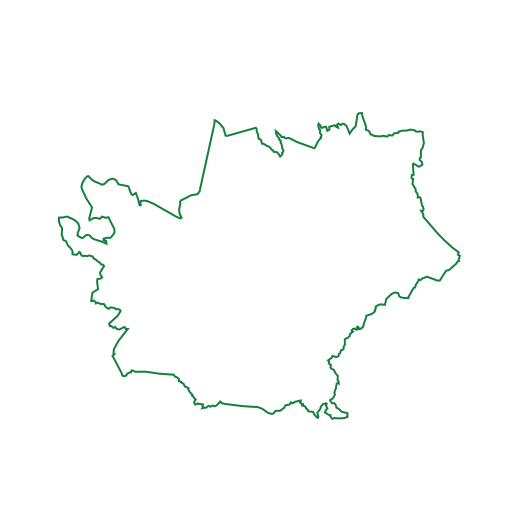 the district of Mambasa, Orientale, Democratic Republic of the Congo, rotated 10°
{"feature_id": "63176286B5401694360976", "entity_name": "Mambasa", "entity_type": "district", "adm_level": 2, "iso_a3": "COD", "parent_name": "Democratic Republic of the Congo", "parent_adm1": "Orientale", "projection": "mercator", "projection_center": [28.693, 1.532], "detail": "fine", "context": "isolated", "style": "outline", "palette": "green", "viewbox_px": 512, "rotation_deg": 10, "n_neighbors": 0, "source": "geoboundaries", "source_scale": "gbopen_adm2", "svg_char_len": 6087}
<svg xmlns="http://www.w3.org/2000/svg" viewBox="0 0 512 512"><g transform="rotate(10 256 256)"><path d="M145.1,396.8L146.6,397.4L149.0,396.3L149.3,394.5L152.0,392.6L153.0,392.4L153.2,390.5L153.9,390.1L157.3,391.0L167.3,389.1L181.3,388.7L195.4,387.2L197.5,389.0L198.5,388.9L201.3,390.3L201.7,392.8L203.7,392.6L204.0,393.5L206.7,394.3L208.8,397.0L210.5,397.0L211.8,398.1L212.4,397.9L212.5,399.2L214.4,401.5L217.3,403.6L217.2,404.6L218.1,404.7L219.0,406.0L221.6,407.8L220.9,408.9L220.5,411.2L222.0,412.9L224.5,411.2L225.4,411.6L229.5,411.3L229.4,413.2L230.1,413.7L229.5,415.2L233.1,414.0L235.3,411.9L237.4,412.3L239.0,410.9L241.6,411.2L243.9,409.0L245.0,406.9L245.6,406.9L246.1,405.5L248.3,407.0L250.7,407.1L268.6,406.2L283.9,404.5L288.8,405.4L295.0,408.4L298.1,408.8L300.3,408.3L302.1,405.1L306.7,404.2L310.1,400.6L310.9,398.0L315.0,396.4L315.8,394.1L316.8,394.7L318.0,394.4L319.6,392.9L325.1,390.5L325.4,392.2L325.0,392.8L326.7,393.7L327.3,395.0L328.1,393.9L328.9,395.4L330.1,395.5L331.5,396.5L331.6,397.3L333.9,398.6L334.4,399.9L339.3,399.6L340.9,402.0L344.4,404.6L345.1,404.6L345.3,403.4L343.6,399.7L345.9,395.3L346.0,393.0L348.0,390.0L350.6,388.9L351.3,389.3L350.7,390.9L352.8,393.7L351.6,395.5L351.0,398.1L355.9,400.0L357.0,399.9L356.9,400.8L359.4,403.1L361.1,402.1L367.7,401.2L371.3,400.1L374.0,398.6L373.3,394.9L367.4,394.5L364.1,392.2L361.5,391.3L360.7,389.4L358.7,387.3L356.5,387.9L354.0,385.3L354.1,384.7L356.3,383.1L357.7,379.4L357.7,378.4L356.8,376.8L357.6,373.0L357.6,367.6L358.8,366.7L359.6,367.1L359.1,365.0L357.9,364.1L357.4,359.9L354.8,357.8L352.4,354.6L350.0,354.0L348.8,353.1L348.6,350.2L346.4,349.3L346.2,347.0L345.1,346.3L348.3,343.0L348.7,341.1L352.5,341.6L354.5,340.4L354.8,337.8L355.7,337.1L356.1,334.0L358.3,332.8L358.1,330.3L358.9,327.7L358.0,323.2L358.3,322.1L360.5,320.7L362.2,318.5L362.1,316.7L364.6,313.6L363.2,313.2L363.2,312.7L364.3,310.8L366.2,310.4L367.7,311.2L368.9,310.6L369.3,310.1L367.7,308.4L368.0,308.0L369.4,308.4L370.1,310.1L371.8,309.5L374.0,306.7L373.9,304.0L375.1,297.8L375.0,295.7L380.0,293.0L382.7,290.1L382.5,288.4L383.1,286.7L382.6,285.1L385.2,282.8L387.5,281.9L391.4,281.8L391.8,275.6L396.0,270.0L399.0,267.8L402.5,267.9L403.9,270.6L405.4,271.5L408.8,271.7L413.4,271.0L413.3,269.9L416.4,261.0L416.9,260.0L418.1,259.3L418.4,256.5L420.4,251.9L420.3,250.9L422.4,251.0L423.7,249.3L428.0,246.7L439.5,248.8L441.3,248.1L445.8,237.5L448.5,236.3L454.4,228.9L455.7,226.1L456.7,225.8L456.3,225.0L456.7,220.3L455.0,220.0L454.6,218.3L455.0,217.1L448.2,213.8L438.9,207.9L431.3,202.5L414.0,188.4L413.5,185.8L410.8,182.8L412.3,182.7L413.0,180.9L411.8,178.4L410.6,177.2L408.0,170.3L406.7,169.6L405.1,170.3L404.8,168.3L404.0,166.5L402.0,164.5L401.7,162.6L397.6,157.9L397.4,152.9L395.9,152.6L395.4,150.8L395.4,149.2L397.1,148.7L394.7,139.0L395.0,137.7L401.0,139.8L404.0,137.3L403.3,134.9L400.6,132.9L400.3,131.3L401.3,130.0L400.0,123.6L401.3,120.4L401.7,115.5L399.1,107.9L398.8,105.1L396.0,104.7L393.9,105.5L391.8,105.6L389.8,104.5L385.8,104.8L382.5,106.4L379.2,106.9L374.8,108.8L374.8,110.0L370.7,111.2L369.3,113.7L365.7,113.9L365.0,115.2L364.0,115.7L360.7,115.5L357.3,116.7L351.0,117.3L349.4,116.3L348.3,116.6L346.9,115.6L346.4,114.0L344.1,112.8L342.3,112.6L341.7,109.0L336.5,99.9L335.5,96.8L332.3,97.7L331.4,99.1L331.6,110.7L330.8,112.4L329.5,113.7L327.0,119.2L322.7,112.4L319.5,110.5L318.3,110.8L316.8,112.3L314.2,111.3L313.1,112.6L314.5,115.4L312.4,114.8L310.8,113.6L305.7,116.0L306.4,118.8L304.5,120.3L302.5,116.5L300.3,117.3L299.3,118.2L297.9,118.4L296.7,116.2L294.7,114.8L294.6,116.8L296.0,119.9L297.3,121.2L297.5,123.7L299.2,125.0L299.6,126.2L299.0,127.6L299.6,128.3L297.6,131.4L295.8,136.6L295.9,137.4L294.6,139.8L277.0,136.7L267.9,134.0L265.2,134.9L264.0,134.8L262.6,133.8L260.6,134.6L259.5,133.1L253.8,129.5L254.4,131.7L255.9,134.0L258.3,136.1L258.8,137.7L260.3,138.1L260.6,140.3L261.6,141.1L263.3,145.8L264.4,146.7L264.8,148.2L263.7,149.9L264.3,150.7L264.1,151.8L262.5,153.8L260.4,151.4L258.4,150.1L255.2,150.3L254.6,149.2L251.9,148.0L251.6,147.0L249.3,145.9L247.8,145.8L243.9,144.1L242.3,144.4L241.0,141.0L238.8,139.9L238.1,140.0L236.8,135.7L235.0,133.2L234.7,131.0L233.5,129.8L206.7,142.7L205.1,142.8L201.8,135.7L197.1,131.8L192.9,129.6L191.6,129.5L192.1,132.9L189.2,202.2L187.7,205.3L181.8,207.3L172.2,214.5L171.8,216.2L172.4,217.5L172.2,223.6L173.6,228.0L176.1,231.2L175.1,232.2L170.6,231.1L145.6,222.2L139.4,220.8L136.4,220.8L133.0,221.9L132.8,224.5L133.8,225.4L133.2,226.3L132.5,226.2L129.7,219.9L126.7,214.8L124.3,217.2L123.1,217.2L121.4,215.1L118.2,209.5L108.1,209.3L105.1,205.6L103.0,205.0L101.2,204.8L97.7,206.6L94.1,211.4L92.3,212.5L83.7,210.5L80.3,208.8L77.0,206.4L76.0,206.8L74.1,209.4L72.4,213.9L72.0,218.0L73.1,220.5L78.8,228.7L86.1,236.7L85.2,247.9L85.9,249.8L89.7,246.7L94.1,246.2L95.3,246.6L96.2,246.2L97.5,243.9L101.4,244.5L103.9,243.4L111.8,254.0L112.6,257.1L111.4,260.3L109.4,263.5L106.9,263.7L103.1,265.2L103.0,266.6L105.8,267.3L106.6,269.9L103.0,268.9L93.8,267.6L91.0,266.7L89.3,265.0L87.3,264.5L85.0,264.9L82.2,268.4L80.6,268.3L76.8,267.0L76.4,265.0L77.4,259.0L75.3,254.9L71.8,252.4L67.5,250.9L65.6,250.8L64.4,250.0L61.9,250.3L59.5,251.5L55.3,252.4L55.7,255.5L57.7,259.6L60.2,262.1L61.1,269.5L62.4,271.0L62.8,272.6L63.7,273.8L66.2,274.3L69.0,278.4L72.6,280.9L74.5,283.1L75.0,286.2L79.2,286.0L81.4,282.7L82.6,283.3L83.1,284.8L84.6,286.0L86.5,286.0L87.3,285.4L89.4,285.6L91.4,284.5L95.1,284.8L96.9,286.9L99.3,287.5L101.4,289.0L103.1,289.3L103.8,290.4L105.3,291.2L106.7,291.1L108.1,292.2L105.3,299.3L105.8,301.2L108.2,303.7L107.4,304.9L103.8,306.4L104.0,309.0L106.2,316.1L101.3,320.5L101.5,328.9L102.4,329.1L103.4,328.1L104.1,328.1L106.0,329.3L106.6,330.5L108.1,329.4L111.3,330.2L114.6,329.7L116.4,331.8L119.1,333.5L120.4,333.4L120.8,332.5L122.6,331.7L125.8,331.9L127.3,332.8L129.2,332.2L131.8,332.9L132.2,333.8L130.1,339.0L123.0,348.1L124.3,350.4L125.4,350.0L127.7,351.4L128.5,351.4L129.6,350.2L131.1,351.8L133.7,352.2L134.5,352.0L138.2,349.0L139.4,349.0L140.4,350.5L142.4,350.2L135.1,363.8L132.2,372.7L132.6,376.5L133.8,377.1L132.0,379.1L144.0,394.7L145.1,396.8Z" fill="none" stroke="#15803d" stroke-width="2"/></g></svg>